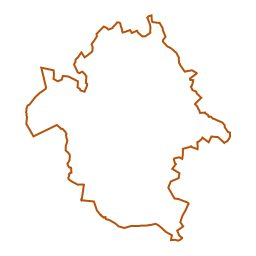 the district of Shira, Bauchi, Nigeria
{"feature_id": "59680162B33775428128459", "entity_name": "Shira", "entity_type": "district", "adm_level": 2, "iso_a3": "NGA", "parent_name": "Nigeria", "parent_adm1": "Bauchi", "projection": "natural_earth1", "projection_center": [10.019, 11.46], "detail": "fine", "context": "isolated", "style": "outline", "palette": "amber", "viewbox_px": 256, "rotation_deg": 0, "n_neighbors": 0, "source": "geoboundaries", "source_scale": "gbopen_adm2", "svg_char_len": 4091}
<svg xmlns="http://www.w3.org/2000/svg" viewBox="0 0 256 256"><path d="M182.1,238.3L182.1,237.7L181.0,237.0L180.5,236.6L179.2,235.5L177.2,230.6L182.7,226.8L183.2,226.4L180.3,222.1L182.1,216.6L182.9,214.9L185.7,210.1L187.9,204.9L188.6,203.9L188.4,203.2L187.2,202.4L178.4,199.0L174.5,198.5L168.3,187.7L169.2,185.3L170.8,181.5L178.7,178.1L179.4,173.2L172.3,168.9L175.9,164.1L174.9,163.1L173.8,159.3L174.4,158.4L179.1,157.3L182.2,158.8L182.8,155.4L182.9,150.9L182.9,148.8L186.4,147.9L188.0,147.4L188.7,147.4L191.1,146.3L191.7,147.0L197.5,149.2L197.7,146.8L197.5,143.9L197.3,142.2L198.3,141.9L201.7,139.0L202.4,137.6L208.7,142.3L211.4,136.5L217.1,137.1L217.5,136.9L219.3,138.2L219.5,138.5L224.3,142.9L224.5,142.6L227.5,141.0L229.6,137.7L230.0,136.4L230.0,135.2L229.9,132.5L228.1,132.1L224.7,127.1L224.7,125.2L222.3,122.5L217.4,120.4L217.3,120.5L214.3,118.9L213.1,118.8L212.0,117.7L210.9,116.6L208.9,116.9L208.4,116.4L208.3,115.2L205.3,113.3L205.2,112.6L200.0,112.9L199.2,110.1L198.5,109.4L197.3,106.5L195.0,104.2L195.2,103.7L199.6,99.4L201.3,97.8L196.8,93.5L196.7,93.4L196.3,91.7L192.5,90.1L190.9,86.6L192.0,85.5L193.3,80.2L190.1,79.8L190.0,78.5L196.3,73.8L196.7,73.4L196.4,72.8L196.1,72.7L192.0,70.3L186.9,71.2L186.6,71.3L184.7,71.6L182.0,67.7L180.1,64.9L179.8,63.9L179.2,63.2L178.8,60.3L178.8,60.2L178.8,57.5L177.2,54.5L176.2,52.6L174.7,51.5L173.3,50.1L170.4,47.9L167.3,46.4L162.9,41.6L163.0,40.1L165.5,36.8L164.9,35.2L163.4,31.6L162.9,30.2L162.5,27.8L159.5,22.8L158.3,22.9L157.0,22.7L156.4,22.6L155.0,22.4L153.4,22.2L152.4,22.0L151.8,20.2L151.5,15.4L148.9,16.1L147.2,17.7L147.9,18.9L149.1,22.2L150.0,24.5L150.2,26.0L150.5,27.9L150.3,29.1L150.2,30.6L150.3,32.8L148.3,34.2L146.5,35.5L145.4,36.2L143.7,36.5L142.9,36.3L142.2,36.3L141.3,35.5L137.9,32.5L137.0,30.7L131.8,33.0L130.1,30.1L126.7,31.3L126.0,31.5L125.0,31.9L122.6,32.5L122.0,30.5L121.7,28.2L121.0,27.0L120.2,23.2L118.3,22.3L117.2,22.4L116.2,23.7L115.2,24.8L112.6,27.5L112.5,28.1L108.4,29.6L106.6,27.8L103.7,26.6L96.5,34.0L96.9,36.4L94.3,40.4L93.2,41.9L91.6,44.2L92.7,47.4L92.4,49.9L92.3,51.5L87.8,55.1L84.6,57.4L81.8,52.9L81.4,52.4L77.7,57.8L77.0,58.1L75.5,59.9L75.5,61.6L74.4,63.7L74.1,64.6L77.7,72.3L79.5,73.2L82.0,71.7L82.4,71.7L84.9,74.2L85.9,75.8L86.4,76.2L85.9,83.0L87.2,83.9L86.8,86.3L84.5,91.7L80.4,90.4L80.0,89.0L77.6,87.4L77.9,81.3L69.6,77.1L68.4,76.5L62.8,76.0L61.8,79.6L57.7,81.3L55.6,80.1L53.5,78.9L54.0,74.8L53.6,70.3L41.3,67.7L46.1,87.6L45.7,88.8L41.5,91.8L39.7,93.0L35.3,97.1L32.3,101.0L31.9,101.5L29.5,104.6L27.6,105.5L26.4,108.8L26.5,110.5L26.2,111.5L26.0,112.2L26.5,113.4L26.5,115.1L26.6,115.6L27.0,116.9L26.3,123.9L27.7,126.3L33.5,136.4L41.2,132.6L56.9,125.0L60.2,127.8L60.7,128.8L61.2,128.8L61.5,128.8L61.8,128.8L62.0,128.8L62.3,128.8L62.6,128.9L65.2,131.7L66.5,133.8L66.2,134.4L66.0,135.1L66.2,136.1L66.4,137.2L66.6,138.4L67.0,139.4L67.4,140.3L67.2,141.2L66.8,142.8L66.0,145.2L65.7,146.4L65.7,147.6L65.7,148.7L65.7,150.5L67.0,151.6L68.3,152.8L69.2,154.1L69.8,155.0L69.8,157.3L69.5,158.9L69.6,160.1L69.2,160.9L67.4,163.8L67.8,165.1L68.4,166.2L69.0,167.2L69.3,167.6L70.0,167.5L70.6,167.5L71.0,167.8L71.2,168.6L71.2,170.2L71.3,171.5L71.5,172.6L70.6,173.0L69.8,173.1L69.4,173.6L69.4,174.1L68.9,174.5L69.2,175.3L69.1,176.0L68.7,176.7L68.6,177.1L68.3,177.7L68.5,178.9L69.5,180.0L73.7,182.6L75.6,183.4L77.5,184.7L79.9,184.5L81.2,184.5L83.2,184.5L83.9,184.7L81.9,198.5L81.2,199.3L81.2,200.0L81.5,200.1L81.6,200.3L81.8,200.2L81.9,200.4L82.0,200.3L93.9,201.5L96.9,210.4L100.9,215.4L101.1,215.3L101.2,215.6L101.6,216.0L102.1,216.2L102.5,216.6L102.9,216.9L103.3,217.0L103.5,217.2L103.6,217.4L103.9,217.7L104.1,217.6L104.3,217.4L104.5,217.2L105.0,217.1L105.5,217.1L105.5,217.9L105.7,218.4L106.0,219.2L109.3,220.0L110.7,220.8L111.4,221.2L115.5,223.6L116.9,224.8L118.5,226.3L124.3,228.0L131.1,226.0L132.8,226.0L138.8,226.0L140.7,225.7L141.6,225.6L146.3,225.6L149.3,225.1L151.5,224.8L155.5,223.8L158.2,225.1L159.3,226.0L161.7,228.0L163.6,229.8L165.9,231.9L169.1,233.7L171.9,235.2L171.0,240.1L175.2,239.8L175.6,239.9L176.7,240.3L178.1,240.6L179.5,240.2L180.3,239.6L182.1,238.3Z" fill="none" stroke="#b45309" stroke-width="2"/></svg>